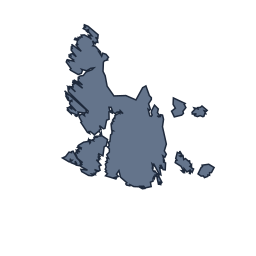 the district of Sund nor, Hordaland, Norway, rotated 34°
{"feature_id": "86288312B82260053973659", "entity_name": "Sund nor", "entity_type": "district", "adm_level": 2, "iso_a3": "NOR", "parent_name": "Norway", "parent_adm1": "Hordaland", "projection": "robinson", "projection_center": [5.059, 60.233], "detail": "fine", "context": "isolated", "style": "filled", "palette": "slate", "viewbox_px": 256, "rotation_deg": 34, "n_neighbors": 0, "source": "geoboundaries", "source_scale": "gbopen_adm2", "svg_char_len": 5857}
<svg xmlns="http://www.w3.org/2000/svg" viewBox="0 0 256 256"><g transform="rotate(34 128 128)"><path d="M73.1,82.9L72.2,82.5L72.3,80.3L68.5,79.2L65.2,80.1L66.1,83.3L61.6,81.3L63.4,81.1L62.4,80.2L55.3,78.5L52.9,79.5L53.2,78.1L49.9,75.6L53.8,76.3L53.5,74.6L55.1,73.9L52.7,71.5L50.3,71.1L52.8,70.5L51.1,67.4L38.0,66.0L34.1,66.8L34.6,67.9L37.1,68.2L35.5,68.1L35.3,70.6L39.1,70.2L40.2,68.4L40.8,69.4L39.6,70.9L41.4,71.2L41.5,70.3L46.4,71.8L43.5,73.0L48.2,75.0L43.0,73.9L44.2,74.8L39.8,75.2L37.2,77.2L38.9,78.3L37.2,79.4L37.8,80.3L36.0,80.8L36.9,82.6L37.7,82.3L38.3,82.3L36.6,82.8L33.9,82.7L34.9,83.2L34.0,83.3L34.2,84.6L37.1,83.5L38.4,86.6L40.3,86.9L38.4,87.2L38.4,88.2L46.4,90.6L34.5,90.2L36.1,91.1L35.8,92.5L37.9,93.4L36.1,93.1L37.3,95.2L45.3,97.9L40.4,97.4L39.0,99.0L40.2,100.1L38.4,100.4L39.4,101.9L44.7,102.0L44.1,102.8L45.3,103.1L40.2,105.0L41.5,105.9L39.4,106.0L39.9,107.8L47.5,110.6L47.2,111.9L48.1,112.2L56.9,111.5L58.8,108.8L58.0,105.7L56.8,105.3L61.7,103.7L63.6,99.5L66.1,97.2L65.5,99.9L61.9,105.1L61.6,109.5L59.1,111.8L58.7,113.2L59.5,113.9L58.6,114.1L60.3,116.8L66.2,117.8L56.0,118.4L68.2,120.4L56.2,119.8L56.8,121.3L59.2,120.7L57.8,123.0L59.5,124.6L57.2,125.8L64.2,127.4L57.7,126.4L55.0,127.2L58.2,128.5L56.1,128.7L58.3,131.3L85.6,136.3L86.2,138.0L84.6,138.3L83.5,140.6L85.1,142.1L82.1,142.0L80.8,144.4L81.3,146.2L86.0,148.6L85.7,149.7L96.8,154.3L99.3,154.0L97.6,152.8L98.7,152.0L103.9,152.4L105.3,147.6L106.4,147.3L105.4,145.7L106.5,144.3L103.0,142.0L108.1,142.4L109.1,141.2L105.9,133.5L107.4,131.3L103.1,125.2L103.5,124.1L100.6,121.5L102.4,120.3L105.9,122.8L104.4,123.0L104.7,124.6L106.8,124.4L106.5,123.3L109.4,123.3L109.8,121.3L112.2,119.0L111.7,117.9L115.9,118.8L113.1,118.5L113.8,119.2L112.4,119.8L113.0,120.5L111.3,120.5L111.9,121.4L110.2,124.9L111.6,127.4L110.9,127.4L110.8,130.1L112.4,130.5L111.4,132.3L112.6,133.2L111.7,134.1L115.6,138.8L117.1,138.7L116.3,139.3L117.9,141.9L117.4,143.4L120.6,149.4L119.6,150.8L121.9,152.6L122.5,154.8L121.5,155.1L124.2,155.7L126.0,158.4L125.4,162.1L128.9,164.1L127.0,164.7L128.9,166.3L128.5,168.2L130.0,168.0L129.4,170.7L131.8,172.7L132.1,174.9L134.1,175.5L133.6,176.8L136.5,177.3L136.1,180.2L146.5,177.0L146.4,176.0L144.9,176.2L147.2,173.5L144.2,172.7L144.3,168.4L149.4,173.0L157.6,174.0L157.4,175.6L158.7,176.1L161.8,174.9L161.2,173.9L165.6,173.3L169.9,170.6L174.0,170.3L175.2,169.2L171.1,169.2L173.6,167.5L175.6,168.2L180.0,163.6L176.9,160.4L178.5,158.0L176.9,155.7L176.7,154.2L178.1,155.0L176.8,151.9L179.3,152.5L176.8,149.5L174.3,148.6L174.3,149.6L173.0,149.5L170.8,147.9L170.3,147.1L171.0,146.9L168.1,144.3L170.0,144.6L169.0,143.2L178.5,148.1L178.0,149.9L179.8,150.0L180.3,153.4L184.7,157.6L186.5,156.6L184.0,155.6L185.1,154.8L186.3,156.1L186.5,154.1L180.7,150.9L179.4,148.7L181.5,148.5L176.3,143.1L178.4,142.6L175.6,141.1L176.3,140.4L180.4,142.9L182.3,141.9L178.7,136.0L176.6,136.4L175.6,135.1L177.2,135.4L172.4,131.6L174.9,131.6L174.4,128.3L170.9,126.7L168.8,119.9L155.9,107.7L152.6,100.9L149.4,98.0L147.7,98.7L148.5,100.4L146.9,101.2L148.1,101.5L146.6,101.6L147.6,100.0L143.8,98.8L142.5,95.3L137.2,94.2L137.9,100.4L138.8,102.5L140.8,103.7L140.8,105.3L139.2,105.7L134.2,101.2L135.9,101.3L136.1,100.0L131.5,96.4L131.4,91.3L130.4,89.8L127.6,89.2L119.3,83.1L117.6,86.4L118.9,100.3L108.1,102.3L98.4,109.3L87.3,105.0L79.9,97.5L75.6,95.0L70.8,87.2L70.9,85.5L73.1,82.9ZM106.5,157.9L103.3,159.0L104.3,159.3L103.5,160.5L104.9,160.9L104.9,162.0L101.7,159.6L102.3,161.6L99.2,164.5L96.8,169.6L96.6,170.9L97.6,171.1L96.9,172.3L98.6,172.2L97.8,171.0L100.5,170.6L100.8,171.5L100.1,171.4L99.9,171.7L99.7,171.5L98.3,174.2L101.5,174.8L97.9,175.5L100.9,177.2L98.4,176.6L98.7,178.6L103.2,181.5L109.1,182.0L108.9,183.6L110.2,184.0L109.7,185.5L110.5,186.3L118.0,185.6L112.0,188.6L114.0,190.0L121.8,189.4L124.8,187.8L125.6,186.7L123.8,186.4L126.9,185.0L125.5,184.4L126.6,183.7L126.1,182.3L127.2,181.0L123.4,181.2L127.5,180.2L128.5,178.7L125.3,175.8L126.4,173.9L119.5,172.0L121.7,171.9L121.1,171.4L122.0,170.4L120.2,169.2L121.6,168.9L119.9,168.1L120.7,167.3L118.5,166.9L118.2,165.7L122.8,165.1L118.8,157.1L119.8,154.7L117.5,149.0L110.5,149.0L108.1,146.4L108.4,149.2L110.2,149.6L105.5,153.3L107.2,153.3L105.2,155.0L106.2,155.9L105.3,157.4L106.5,157.9ZM82.6,136.2L54.6,132.6L60.5,134.0L57.4,134.5L59.3,136.5L61.2,136.1L62.1,137.0L60.1,137.1L62.5,138.4L64.6,138.4L65.9,136.4L66.5,137.2L65.6,137.3L65.6,140.0L66.6,140.8L75.5,142.9L67.4,142.3L69.8,143.7L67.5,143.8L66.4,145.3L69.8,146.9L67.0,146.7L67.9,147.1L72.8,147.9L72.0,147.0L77.8,145.9L77.3,147.2L78.6,147.3L79.6,145.8L78.8,144.6L79.8,144.2L77.7,142.7L83.4,139.9L84.7,138.1L82.6,136.2ZM188.1,120.2L183.7,118.2L185.4,120.0L182.5,120.6L184.6,126.6L186.6,127.3L185.8,128.3L186.5,130.3L193.2,130.1L198.3,132.5L196.3,133.5L198.9,134.0L199.9,133.4L197.4,130.4L201.4,131.5L202.8,128.6L204.3,131.3L205.1,131.0L203.6,128.3L206.0,128.9L205.3,125.3L202.9,125.5L201.6,123.5L201.7,125.1L200.8,125.3L201.0,122.9L198.8,122.4L197.0,120.3L197.7,121.8L192.7,121.2L191.9,123.0L189.1,120.2L187.9,122.2L186.5,122.3L188.1,120.2ZM160.2,92.9L165.3,87.3L165.8,84.9L164.2,83.4L164.6,78.7L161.4,77.0L161.7,75.7L148.8,77.7L152.2,83.2L156.2,85.1L154.7,89.7L160.2,92.9ZM221.5,112.6L215.2,112.9L210.2,117.4L211.3,118.3L210.7,119.8L211.7,126.9L215.5,127.0L217.4,125.6L219.1,126.4L221.2,123.5L220.5,122.3L222.1,121.6L220.6,119.4L222.1,118.3L221.5,112.6ZM104.7,187.6L102.7,185.0L105.2,186.1L105.9,187.7L109.1,186.3L108.6,183.8L106.1,182.2L102.7,181.6L95.4,177.9L94.4,179.2L94.9,180.0L92.6,180.9L92.2,186.6L90.4,189.5L98.3,189.0L98.6,187.4L97.2,185.7L98.5,186.7L99.8,185.9L99.3,188.1L100.2,188.6L104.7,187.6ZM183.8,69.1L177.0,68.4L176.5,70.4L174.3,72.2L175.4,73.0L171.4,74.4L173.0,75.1L172.3,79.2L173.5,80.5L176.8,77.9L175.6,80.1L176.3,80.5L179.2,79.7L180.9,77.4L183.7,76.8L184.4,75.9L183.6,73.3L184.6,72.7L181.5,71.1L183.5,70.5L183.8,69.1Z" fill="#64748b" stroke="#1e293b" stroke-width="1.5"/></g></svg>